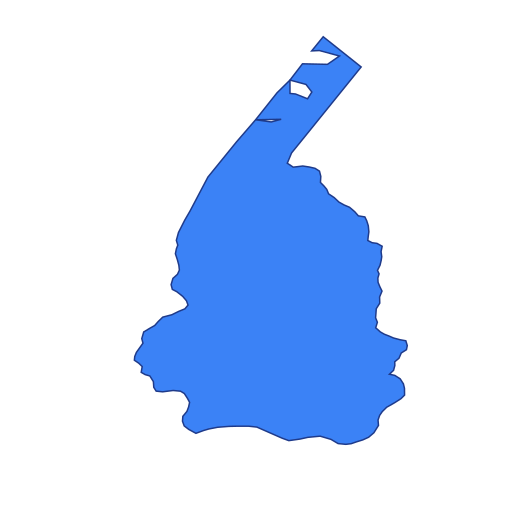 Santa Luzia do Itanhy, Sergipe, Brazil, rotated 79°
{"feature_id": "56859067B77744961178342", "entity_name": "Santa Luzia do Itanhy", "entity_type": "district", "adm_level": 2, "iso_a3": "BRA", "parent_name": "Brazil", "parent_adm1": "Sergipe", "projection": "equal_earth", "projection_center": [-37.504, -11.37], "detail": "fine", "context": "isolated", "style": "filled", "palette": "blue", "viewbox_px": 512, "rotation_deg": 79, "n_neighbors": 0, "source": "geoboundaries", "source_scale": "gbopen_adm2", "svg_char_len": 2200}
<svg xmlns="http://www.w3.org/2000/svg" viewBox="0 0 512 512"><g transform="rotate(79 256 256)"><path d="M122.2,230.4L140.2,253.3L169.3,288.1L199.3,312.2L207.2,319.1L210.8,321.9L218.1,327.6L225.4,331.2L230.4,330.7L233.8,332.8L238.4,334.7L244.6,333.9L250.4,333.5L255.2,333.9L259.0,336.6L262.1,341.8L267.9,344.8L272.8,344.5L276.0,340.5L281.7,335.6L286.7,332.8L291.2,332.1L294.3,335.9L295.6,342.4L297.6,349.8L298.2,359.2L301.6,364.4L304.9,368.7L306.7,374.1L309.1,380.7L315.3,383.9L320.0,383.6L323.8,387.6L327.8,391.8L331.5,394.2L335.1,395.3L338.8,391.6L342.8,388.8L348.3,390.9L351.3,387.4L353.5,383.1L359.7,380.7L365.4,381.4L369.6,379.8L371.5,373.6L372.2,363.0L374.3,355.9L377.3,352.6L382.5,350.5L387.0,349.1L391.4,351.0L395.4,353.5L399.4,358.4L404.1,359.7L409.1,358.9L413.4,355.1L418.6,348.8L417.3,340.7L416.8,335.4L416.8,326.3L418.1,315.0L419.5,306.8L421.7,295.6L424.1,287.8L431.6,277.0L439.9,265.0L443.5,259.0L444.1,247.7L443.9,239.7L445.1,227.4L450.3,217.4L455.8,211.2L458.0,203.8L458.4,198.4L457.6,192.7L456.9,186.3L455.4,180.0L452.0,174.0L445.7,168.1L440.3,167.5L436.0,165.0L432.8,161.7L429.4,156.6L426.5,148.0L423.7,140.9L420.9,136.7L414.2,135.5L409.6,135.7L404.1,137.9L399.7,142.5L397.5,147.6L394.5,142.8L390.0,140.6L386.3,140.0L383.7,135.2L378.9,131.9L376.7,126.2L372.8,124.6L367.8,125.1L365.7,130.5L362.7,136.7L360.0,140.6L357.3,144.9L354.3,148.4L349.3,152.2L344.2,149.5L339.5,150.4L335.5,149.3L330.7,148.0L325.9,143.5L319.8,142.5L314.5,139.0L309.7,140.3L305.1,141.2L300.9,140.6L297.0,138.6L293.3,139.5L288.7,136.0L284.3,134.0L280.7,132.7L275.6,132.4L270.5,130.3L266.7,134.8L265.1,139.5L262.1,143.3L258.5,142.2L253.8,140.6L247.7,140.0L242.5,140.6L238.4,141.7L236.1,147.9L231.4,150.6L226.0,154.9L222.7,159.8L218.9,164.3L213.7,168.0L208.8,172.9L204.2,173.8L200.3,175.9L196.1,178.7L190.2,177.2L184.8,177.5L181.2,181.3L178.8,186.7L176.6,192.9L175.9,202.5L170.9,207.6L161.6,201.4L148.2,185.4L90.5,116.7L53.6,148.2L65.3,162.2L66.4,154.6L75.6,135.9L81.5,149.3L76.2,173.7L89.8,189.1L99.8,204.2L122.2,230.4ZM89.8,189.1L97.1,174.2L105.7,169.9L111.5,175.4L104.5,186.3L102.9,191.6L89.8,189.1ZM122.2,230.4L126.6,205.2L127.3,215.5L122.2,230.4Z" fill="#3b82f6" stroke="#1e3a8a" stroke-width="1.5"/></g></svg>